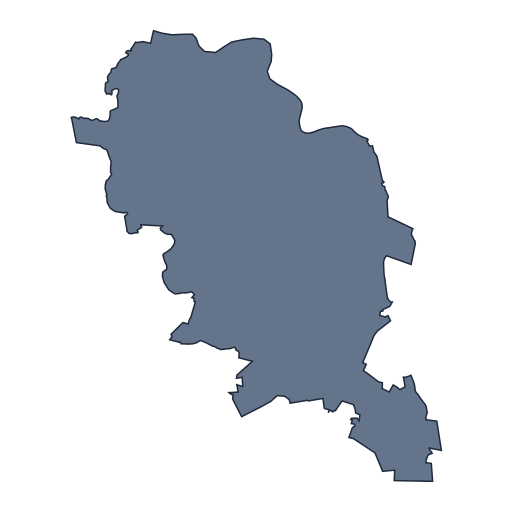 the district of Deva, Hunedoara, Romania
{"feature_id": "2599482B46544097516710", "entity_name": "Deva", "entity_type": "district", "adm_level": 2, "iso_a3": "ROU", "parent_name": "Romania", "parent_adm1": "Hunedoara", "projection": "albers", "projection_center": [22.901, 45.856], "detail": "fine", "context": "isolated", "style": "filled", "palette": "slate", "viewbox_px": 512, "rotation_deg": 0, "n_neighbors": 0, "source": "geoboundaries", "source_scale": "gbopen_adm2", "svg_char_len": 5926}
<svg xmlns="http://www.w3.org/2000/svg" viewBox="0 0 512 512"><path d="M180.1,341.9L180.6,342.6L181.1,343.8L185.0,343.9L188.6,344.1L190.8,343.9L192.9,343.8L196.1,342.9L197.5,342.3L198.3,341.7L200.5,340.5L206.8,343.1L212.5,346.1L215.0,346.7L216.3,347.7L220.8,349.6L227.0,348.8L230.4,348.6L232.1,347.8L234.1,347.3L235.3,347.8L236.1,350.3L238.3,351.2L239.2,352.8L238.8,357.8L252.4,361.3L237.0,375.0L236.4,378.3L242.2,377.3L242.7,386.5L236.8,384.7L237.3,387.1L238.0,392.1L229.0,392.6L231.0,394.3L233.1,394.6L232.7,399.2L241.6,416.7L261.2,406.7L270.9,401.3L277.3,395.6L284.8,396.3L289.2,399.6L290.2,403.2L307.5,400.3L308.3,400.9L323.0,398.5L324.2,408.1L325.1,408.8L329.0,409.6L329.3,410.0L328.4,412.0L328.5,412.1L329.7,410.2L329.9,410.3L333.0,411.9L334.1,410.4L335.4,410.7L342.0,401.0L353.5,404.6L355.1,409.2L355.6,413.0L359.9,414.8L359.0,421.0L357.0,418.1L351.4,418.3L350.7,419.6L352.3,420.2L351.3,423.6L354.4,424.1L355.0,425.8L352.4,427.7L348.9,437.5L353.4,438.6L375.0,452.9L382.6,471.3L394.7,470.2L394.2,480.6L432.6,481.3L431.3,463.4L425.9,462.7L426.0,460.6L427.7,455.7L428.8,454.6L430.2,454.0L430.3,454.1L432.2,453.3L429.1,448.6L429.1,448.0L441.4,450.4L436.8,421.1L426.0,419.7L426.0,415.9L427.0,413.5L427.2,412.6L426.2,406.4L424.6,403.7L423.1,401.8L420.3,398.1L418.1,394.7L416.0,392.3L415.7,391.7L415.1,389.7L414.7,386.1L414.1,383.4L412.8,379.9L410.9,375.2L410.3,375.4L409.8,375.8L405.5,377.3L403.4,377.1L405.1,386.8L399.7,389.6L396.7,386.9L393.2,384.9L389.2,392.0L382.3,388.7L382.4,382.8L378.2,381.6L369.2,374.7L367.8,373.7L363.4,370.7L366.3,364.3L362.7,362.6L369.7,346.1L374.0,335.6L377.2,331.2L390.5,320.8L388.0,315.6L385.1,317.0L379.6,315.3L380.7,311.0L382.1,311.3L382.8,311.0L383.1,310.6L383.0,309.9L382.8,309.5L389.5,306.6L390.8,304.7L391.9,302.7L392.2,302.0L391.6,302.2L390.7,301.8L389.4,300.9L388.3,299.4L387.7,298.2L387.5,298.3L386.4,291.0L384.7,278.1L384.3,276.7L383.9,272.3L383.5,261.8L384.7,258.3L386.4,255.7L411.1,264.5L415.3,243.8L415.2,242.7L414.9,241.1L414.7,241.2L411.5,234.6L411.4,233.5L411.7,232.0L412.9,228.7L388.0,216.8L387.9,216.8L388.0,216.2L387.1,200.6L388.0,197.9L388.3,196.5L387.4,194.1L386.7,193.2L386.3,191.4L385.6,190.4L384.9,189.2L384.7,186.5L383.7,186.4L382.7,185.8L381.5,183.6L381.9,183.0L383.4,182.9L384.0,182.2L383.4,181.2L382.5,181.2L376.9,156.2L375.7,154.5L373.9,152.0L372.5,145.9L369.6,146.0L366.7,140.8L368.1,140.0L367.6,138.8L364.6,137.8L361.8,136.7L358.1,134.8L355.4,132.5L353.9,131.2L352.1,129.3L350.4,128.1L348.0,127.1L345.7,126.3L342.8,125.9L340.0,126.0L336.8,126.5L329.1,127.7L326.0,128.1L322.9,128.7L317.8,130.3L315.0,131.5L312.4,132.3L309.7,133.1L307.4,133.2L304.9,132.8L303.1,132.0L301.6,130.8L300.8,129.7L300.4,128.3L300.0,127.0L299.7,125.3L299.3,123.3L299.2,120.6L299.7,117.5L300.5,115.1L300.9,113.0L301.6,110.7L302.0,108.6L302.2,106.5L302.0,104.3L301.5,102.5L300.3,100.5L299.2,99.0L298.2,97.9L297.1,96.8L295.8,95.5L293.6,93.9L290.8,91.9L288.0,90.0L283.5,87.6L280.7,86.1L278.0,84.6L276.5,83.7L269.9,78.9L267.2,71.3L271.2,61.5L271.7,54.4L270.2,43.9L264.0,39.2L253.5,38.2L242.5,39.8L231.7,42.0L224.3,46.6L215.5,52.5L204.4,51.4L198.9,45.9L196.1,38.1L192.5,34.2L183.6,34.3L172.0,34.8L162.0,33.2L153.5,30.7L150.6,43.2L142.9,41.6L137.9,42.4L136.9,42.4L136.1,42.3L135.6,42.1L135.3,42.5L134.5,43.9L132.9,46.3L131.3,48.6L131.0,48.8L130.9,49.3L131.0,49.5L131.4,50.1L131.5,50.5L131.2,50.8L130.6,50.9L130.1,50.7L128.9,50.6L127.8,50.7L127.0,51.0L126.4,51.4L126.2,51.7L125.9,52.2L125.9,52.7L126.0,53.1L126.3,53.3L127.2,53.7L128.0,53.9L128.3,54.1L128.4,54.4L128.4,55.0L127.9,55.7L127.4,56.3L125.5,57.4L121.3,59.4L120.5,59.8L120.6,60.1L119.8,61.1L118.5,62.6L117.1,65.0L116.7,66.2L116.6,66.7L116.4,67.0L115.8,67.5L113.8,68.3L112.3,68.6L111.9,68.8L111.6,69.0L111.4,69.3L111.3,69.6L110.8,72.5L110.4,73.0L109.3,73.7L108.4,75.1L107.8,76.3L107.6,76.7L107.5,77.0L107.5,77.9L107.6,78.7L108.1,80.8L108.1,81.2L108.0,81.7L107.8,81.9L106.4,82.4L105.7,82.9L105.5,83.6L105.1,90.0L105.2,91.5L106.9,94.2L109.0,93.4L109.6,94.0L111.2,94.8L111.7,94.6L112.0,93.0L111.9,90.5L115.1,88.8L116.0,88.6L117.5,88.9L118.4,89.4L118.6,90.6L118.3,93.0L117.4,94.9L117.0,95.9L117.0,96.7L117.3,97.8L117.6,98.8L117.7,100.1L117.9,102.0L117.9,103.3L118.0,106.4L117.7,107.5L117.1,107.9L114.7,109.1L111.8,110.2L110.5,110.9L110.2,111.3L110.1,112.2L110.1,115.6L109.7,117.7L108.3,121.1L104.2,121.5L99.2,120.7L98.9,120.2L98.7,119.9L98.5,119.7L98.1,119.4L97.0,118.8L96.6,118.7L96.2,118.7L95.9,118.8L95.6,118.9L95.4,119.0L94.1,119.7L93.2,120.1L92.7,120.2L92.2,120.2L91.6,120.2L90.9,120.0L90.2,119.6L89.7,119.4L89.1,119.1L88.6,118.7L88.3,118.6L87.6,118.4L87.3,118.4L86.7,118.2L85.7,118.2L84.6,118.4L84.3,118.4L84.0,118.4L81.8,117.3L80.9,117.1L80.5,117.1L80.2,117.2L79.8,117.4L79.5,117.7L79.0,118.7L78.8,118.9L78.6,118.9L77.9,118.4L77.2,118.0L76.8,117.8L75.8,117.4L75.0,117.3L74.4,117.2L74.1,117.0L73.4,117.0L73.1,117.0L72.1,117.2L71.7,117.2L70.9,117.7L70.6,117.8L71.5,117.7L76.4,142.6L100.4,145.9L101.1,146.8L103.5,148.6L106.4,149.5L107.9,152.4L108.5,154.9L111.2,161.8L110.6,167.1L110.6,170.1L110.5,172.3L111.7,174.0L110.3,176.3L108.4,179.2L106.3,180.7L105.3,184.8L105.2,189.0L106.8,194.6L106.3,195.4L107.1,199.7L107.0,201.2L107.3,202.7L109.5,206.8L110.0,207.9L111.2,209.0L115.3,211.5L124.1,213.0L126.7,212.2L127.7,213.8L124.6,216.2L126.9,229.6L126.9,231.2L129.0,233.4L131.8,233.7L134.5,232.9L138.0,232.7L138.0,231.7L137.1,230.3L141.7,227.3L140.9,224.8L162.6,226.0L160.2,228.4L160.9,230.2L165.0,233.3L167.7,234.3L171.3,234.4L174.4,239.4L174.9,240.8L174.5,242.5L174.3,243.9L171.1,248.7L167.1,251.7L163.6,253.9L163.1,254.6L163.0,255.6L164.8,261.7L166.8,265.8L166.7,269.1L162.7,272.2L162.4,276.3L164.2,282.7L168.9,289.9L174.8,293.9L179.4,293.5L182.6,292.7L185.2,293.0L189.5,292.3L191.6,291.7L194.4,294.6L191.8,297.6L193.9,298.4L194.1,301.5L195.4,301.8L190.7,317.7L189.8,318.6L188.0,324.0L183.0,322.5L171.1,334.2L172.0,336.6L169.7,339.8L173.7,340.9L178.5,342.0L179.3,342.4L180.1,341.9Z" fill="#64748b" stroke="#1e293b" stroke-width="1.5"/></svg>